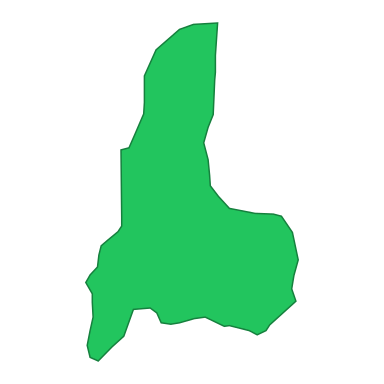 the district of Taebaek-si, Gangwon, South Korea
{"feature_id": "91817680B55715776787208", "entity_name": "Taebaek-si", "entity_type": "district", "adm_level": 2, "iso_a3": "KOR", "parent_name": "South Korea", "parent_adm1": "Gangwon", "projection": "robinson", "projection_center": [128.966, 37.182], "detail": "fine", "context": "isolated", "style": "filled", "palette": "green", "viewbox_px": 384, "rotation_deg": 0, "n_neighbors": 0, "source": "geoboundaries", "source_scale": "gbopen_adm2", "svg_char_len": 880}
<svg xmlns="http://www.w3.org/2000/svg" viewBox="0 0 384 384"><path d="M121.0,149.9L121.7,217.6L121.7,226.1L121.0,227.1L118.0,231.7L107.7,240.2L101.2,245.8L98.9,255.0L97.5,267.0L90.2,274.8L85.8,282.5L92.3,293.8L92.3,302.3L93.1,317.1L90.1,330.6L87.2,345.4L90.1,357.4L97.0,360.4L98.2,361.0L112.1,346.8L123.8,336.2L133.4,309.4L150.2,308.0L156.8,312.9L161.2,322.8L170.8,324.2L179.5,322.8L194.2,318.6L205.2,317.1L224.3,326.3L229.4,325.6L249.2,330.6L257.2,334.8L266.0,330.6L269.7,324.9L295.9,301.2L291.7,288.9L293.9,275.5L298.2,259.9L292.4,232.4L281.4,216.2L273.3,214.1L255.0,213.4L229.4,208.4L218.4,196.4L210.3,185.8L209.6,175.3L208.1,159.7L203.7,142.8L208.1,127.3L213.2,114.6L214.7,80.1L215.4,72.3L215.4,55.4L217.6,23.0L193.5,24.4L179.5,29.4L156.1,49.8L144.4,75.9L144.4,102.6L143.7,113.9L134.9,134.4L129.0,147.8L121.0,149.9Z" fill="#22c55e" stroke="#15803d" stroke-width="1.5"/></svg>